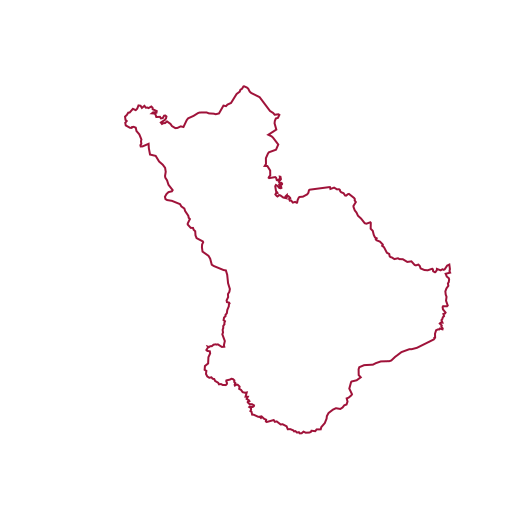 the district of Krong Bong, Đắk Lắk, Vietnam, rotated 40°
{"feature_id": "81297802B29162792012865", "entity_name": "Krong Bong", "entity_type": "district", "adm_level": 2, "iso_a3": "VNM", "parent_name": "Vietnam", "parent_adm1": "Đắk Lắk", "projection": "albers", "projection_center": [108.512, 12.452], "detail": "fine", "context": "isolated", "style": "outline", "palette": "rose", "viewbox_px": 512, "rotation_deg": 40, "n_neighbors": 0, "source": "geoboundaries", "source_scale": "gbopen_adm2", "svg_char_len": 6112}
<svg xmlns="http://www.w3.org/2000/svg" viewBox="0 0 512 512"><g transform="rotate(40 256 256)"><path d="M66.0,228.3L66.4,231.0L66.1,233.4L68.5,235.6L70.2,235.7L70.2,238.0L72.3,239.7L77.0,238.8L78.4,237.8L78.1,237.0L79.2,235.7L81.4,235.0L84.1,237.1L88.4,237.8L93.3,240.4L94.2,242.1L96.0,243.7L96.2,245.4L97.3,246.2L98.7,244.9L101.6,239.1L104.6,242.3L109.6,246.4L114.8,243.8L121.0,245.9L125.9,246.0L129.7,246.9L132.7,249.5L134.9,253.2L136.2,254.3L139.2,255.2L143.2,257.7L149.8,259.1L150.0,260.5L147.9,263.3L147.6,266.1L148.2,269.2L150.1,270.6L151.9,270.3L156.1,267.8L164.5,265.1L166.9,266.0L170.6,265.7L172.8,267.1L178.3,268.7L179.9,270.0L181.6,270.2L182.8,275.0L183.5,275.8L187.9,276.4L189.7,275.0L191.4,276.0L193.5,276.1L196.4,279.1L199.0,280.5L205.9,279.0L206.7,279.4L207.3,281.8L208.9,284.0L212.2,287.0L219.5,286.4L222.6,287.5L227.7,291.1L230.1,290.8L240.2,287.6L242.2,286.4L246.0,288.9L252.1,294.8L257.2,298.1L258.6,300.5L259.0,303.2L261.1,305.4L262.0,308.9L263.4,310.0L265.4,309.0L266.2,309.3L266.3,310.4L267.5,312.0L268.7,315.8L270.4,318.5L270.5,320.8L271.3,321.6L271.1,323.7L272.4,326.0L274.2,325.9L274.8,327.7L275.7,328.5L275.9,330.7L277.2,332.2L277.9,334.0L279.9,335.8L280.5,337.6L286.8,341.2L288.7,344.9L290.0,345.9L288.3,347.6L283.6,348.2L282.8,349.2L281.9,349.6L280.5,351.2L280.1,353.5L278.9,354.6L278.6,355.9L277.3,356.4L278.0,356.7L278.4,359.9L279.7,360.0L281.9,358.7L283.5,360.1L284.6,364.1L288.4,369.1L287.6,373.1L289.8,376.2L291.8,375.9L293.5,378.5L296.1,379.6L298.5,379.3L299.8,377.6L301.7,377.9L303.1,377.1L305.0,378.0L308.6,377.4L310.1,378.1L311.5,376.6L313.4,376.2L315.8,374.3L316.0,373.1L315.5,372.0L313.6,371.0L313.3,370.3L315.5,367.4L316.1,365.8L317.5,365.1L319.4,365.2L320.3,366.5L321.8,366.6L322.4,368.4L323.1,368.8L323.9,366.9L324.7,366.4L327.4,366.6L328.5,368.6L330.7,368.2L333.3,368.9L335.5,367.8L336.6,366.5L338.4,370.5L340.2,369.1L340.7,371.5L343.4,371.1L344.2,371.4L343.4,372.9L343.7,373.4L346.3,373.6L348.2,372.1L350.5,371.7L350.9,372.5L350.5,373.8L347.9,375.4L347.9,376.0L349.9,375.7L351.0,376.9L351.4,378.4L352.7,378.2L355.0,380.0L356.2,379.1L360.9,377.8L362.6,376.8L363.9,376.9L363.9,376.2L362.8,375.9L363.3,375.3L366.9,375.5L369.0,374.9L369.9,376.4L370.9,376.3L375.0,370.3L377.0,370.9L378.2,369.4L383.2,369.2L384.5,367.8L388.9,366.8L391.7,368.3L393.5,366.6L396.7,365.6L397.9,365.9L398.8,364.8L400.9,364.9L402.1,363.4L403.4,363.8L404.9,362.5L405.3,360.0L407.7,359.4L410.4,356.9L411.1,355.5L410.8,354.2L414.0,352.1L413.9,349.9L417.0,347.2L416.0,345.1L416.1,339.8L414.6,335.2L413.2,333.1L412.5,329.6L413.7,324.2L415.1,321.2L418.9,319.0L419.7,316.4L419.6,313.6L420.8,311.6L419.7,308.7L417.0,306.8L418.0,305.0L418.6,301.4L418.4,300.2L412.7,297.6L409.9,291.5L409.9,290.7L413.0,286.5L414.2,281.6L411.2,281.2L407.4,276.8L406.6,274.8L409.0,270.1L415.4,264.1L416.7,261.0L419.4,256.5L425.8,250.8L426.8,249.1L427.4,243.9L429.2,236.1L433.4,228.8L435.1,227.4L438.3,222.9L445.8,205.7L445.8,204.5L445.2,204.0L445.6,203.3L443.1,200.5L441.7,197.1L442.6,195.2L443.5,194.6L443.4,193.5L446.0,192.3L445.6,191.5L443.4,191.0L442.9,189.8L440.2,189.6L440.3,188.4L441.7,187.2L439.3,185.9L439.3,184.6L438.5,182.9L438.7,181.2L436.8,179.9L437.7,178.6L437.6,177.5L433.5,176.7L431.8,175.2L431.6,174.2L434.6,171.8L434.7,170.7L430.3,168.1L428.2,164.8L426.1,163.6L423.8,161.4L422.7,158.4L422.5,155.2L420.6,153.6L420.5,152.2L419.0,149.8L418.0,149.1L415.3,149.1L412.7,147.7L415.4,144.0L413.9,143.2L413.0,141.4L409.6,138.3L408.6,140.5L409.1,144.9L408.7,145.9L407.4,146.3L406.6,148.3L402.9,149.6L403.6,150.5L403.8,153.1L403.4,153.5L401.5,153.8L400.0,152.5L399.2,152.5L396.7,156.6L394.0,158.5L390.1,159.7L387.9,158.4L385.9,158.2L384.5,160.4L383.3,160.9L378.5,160.2L375.7,163.3L370.5,164.1L367.9,166.2L366.2,166.5L364.0,169.4L360.9,169.8L359.7,170.4L358.6,170.3L356.7,168.8L354.2,169.4L348.4,167.0L346.1,167.1L346.0,165.9L345.6,165.7L341.7,165.3L338.1,166.5L337.0,166.2L337.0,164.9L335.2,165.3L332.6,164.1L329.3,161.7L326.3,161.4L322.6,156.8L321.9,156.7L319.8,160.3L318.2,161.0L312.5,159.8L308.2,159.6L305.0,158.1L302.4,157.6L299.4,155.9L298.5,155.1L297.8,150.5L295.9,150.0L295.0,148.8L293.8,148.5L287.3,148.7L286.7,149.5L286.2,151.9L285.3,152.4L282.7,151.6L280.3,152.4L279.0,152.3L277.6,151.4L276.7,151.5L275.2,152.9L271.9,153.4L269.9,156.8L268.4,155.7L267.7,156.3L254.5,170.7L254.3,171.6L255.5,173.9L255.6,175.9L253.8,180.4L251.4,182.8L251.2,183.6L251.9,186.3L253.2,188.7L252.9,189.1L251.2,189.4L249.9,191.4L247.2,190.9L246.3,191.9L244.7,190.9L245.1,189.7L244.8,189.5L242.4,189.3L241.8,190.7L240.5,189.4L240.3,191.5L240.8,192.4L241.6,192.5L239.3,193.7L235.8,193.9L234.7,194.4L234.2,196.6L233.3,196.7L231.3,196.4L230.8,194.6L232.0,194.0L231.6,193.7L229.6,193.4L225.9,190.2L225.6,188.8L227.5,188.5L230.1,188.9L231.4,188.2L231.7,187.5L230.2,186.4L229.5,187.0L230.0,188.2L229.3,188.1L228.9,186.4L227.8,186.3L227.8,185.9L229.8,184.3L229.6,183.9L228.5,183.6L227.5,184.9L225.9,184.5L225.7,181.1L223.8,179.6L223.2,179.9L224.3,180.9L224.5,182.4L223.6,184.4L223.1,184.5L221.2,183.2L220.0,183.2L216.0,187.9L215.4,187.9L215.1,186.9L215.1,185.1L211.9,181.4L206.9,179.8L204.8,181.4L204.5,179.1L200.7,174.7L199.3,169.8L199.2,168.3L203.0,161.7L201.4,156.3L193.0,154.4L191.0,154.3L187.5,155.2L190.3,146.1L184.9,142.4L183.6,140.4L182.8,137.9L184.0,136.1L183.2,132.9L182.1,133.0L179.5,135.8L177.3,135.4L173.5,135.9L156.7,132.0L147.5,134.2L145.5,134.1L142.4,132.8L140.7,132.8L137.7,133.7L137.4,134.2L137.8,136.9L137.2,138.6L137.9,140.6L137.0,144.3L138.5,154.8L136.8,158.4L136.7,160.5L134.4,161.7L136.0,170.6L134.0,173.3L132.2,174.1L128.3,177.0L125.9,177.8L120.6,182.3L119.7,183.8L118.1,188.8L115.5,194.2L115.6,196.5L117.5,203.8L115.0,205.1L113.5,208.4L112.0,209.9L108.1,210.5L105.6,209.8L101.3,210.1L100.9,212.6L99.6,213.9L99.1,215.3L97.3,214.9L98.7,210.4L98.6,208.4L97.7,206.7L96.2,206.7L95.4,207.6L95.9,210.3L94.7,211.7L93.0,211.1L90.3,213.6L88.0,212.2L86.7,212.1L84.6,213.6L84.9,212.0L87.6,210.2L86.8,208.8L82.5,210.0L81.4,208.9L79.7,208.8L78.6,211.8L77.4,212.1L76.3,213.2L74.0,212.7L73.4,215.9L71.0,215.1L69.2,216.2L70.3,219.5L70.1,221.6L67.1,222.4L67.0,227.3L66.0,228.3Z" fill="none" stroke="#9f1239" stroke-width="2"/></g></svg>